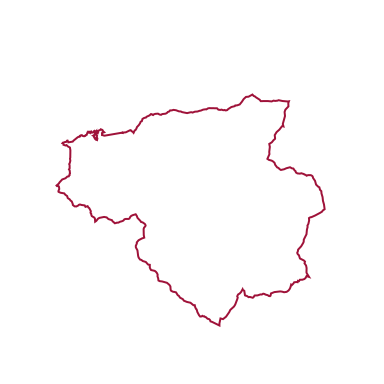 Valea Doftanei, Prahova, Romania (Natural Earth projection), rotated 109°
{"feature_id": "2599482B14208622579694", "entity_name": "Valea Doftanei", "entity_type": "district", "adm_level": 2, "iso_a3": "ROU", "parent_name": "Romania", "parent_adm1": "Prahova", "projection": "natural_earth1", "projection_center": [25.733, 45.364], "detail": "fine", "context": "isolated", "style": "outline", "palette": "rose", "viewbox_px": 384, "rotation_deg": 109, "n_neighbors": 0, "source": "geoboundaries", "source_scale": "gbopen_adm2", "svg_char_len": 6046}
<svg xmlns="http://www.w3.org/2000/svg" viewBox="0 0 384 384"><g transform="rotate(109 192 192)"><path d="M187.9,330.3L187.7,329.5L189.2,328.9L189.2,326.7L188.5,325.9L189.3,324.3L189.7,321.9L192.1,320.6L199.1,318.3L200.2,318.2L202.1,317.2L204.4,317.0L205.6,317.2L206.4,316.5L209.4,315.4L210.7,315.7L211.4,314.7L214.2,313.4L215.0,313.6L215.8,313.2L216.2,313.5L217.3,313.6L218.0,314.9L220.2,316.1L222.4,318.8L226.3,320.5L227.3,320.6L230.0,322.2L230.4,321.5L229.9,320.1L230.5,319.4L232.4,318.5L234.7,318.6L235.3,318.2L235.5,316.0L234.9,312.3L235.8,311.0L236.5,308.7L238.1,307.6L238.4,306.9L238.7,305.4L239.6,304.1L240.1,302.6L242.1,300.9L243.1,300.4L243.8,298.3L243.3,296.6L241.6,295.0L241.0,294.8L240.3,293.9L240.2,292.0L239.6,289.1L240.7,287.9L239.4,286.1L240.4,284.9L240.7,283.9L243.1,281.4L244.7,281.2L245.4,280.2L246.2,279.9L247.4,278.9L248.0,276.0L248.8,275.1L251.6,273.9L250.5,273.1L247.9,272.2L246.6,271.1L244.2,267.0L243.8,264.4L244.8,262.2L244.7,258.5L245.7,257.4L245.9,256.4L246.7,254.9L246.3,254.1L245.5,253.1L244.9,251.6L243.4,250.2L242.6,248.9L241.4,247.6L239.8,247.0L239.1,246.0L238.1,243.1L237.4,242.5L235.7,242.3L234.4,241.7L233.2,240.5L231.4,238.0L232.6,236.4L234.2,235.1L236.2,231.3L236.9,230.5L236.8,228.8L237.4,226.7L237.8,225.8L238.7,225.0L239.6,225.0L241.3,225.7L242.7,225.7L248.4,223.6L250.7,222.3L252.4,224.4L255.0,226.8L257.6,227.8L258.6,227.4L261.3,227.6L262.7,227.0L264.9,224.6L270.0,222.1L271.4,221.1L272.8,219.1L272.7,217.7L273.3,216.2L273.2,212.9L274.8,210.1L274.9,209.6L274.6,208.2L277.2,207.3L278.4,206.2L279.1,205.3L278.7,201.6L279.2,200.1L280.2,198.6L281.3,197.6L282.9,197.2L284.6,195.9L286.6,194.9L286.8,193.5L286.3,191.1L286.0,186.1L287.2,183.1L288.3,181.7L290.9,180.6L292.0,179.9L292.3,179.1L292.5,177.3L292.2,176.1L292.1,174.4L294.2,171.9L294.5,170.6L295.8,168.9L296.3,165.8L297.4,164.3L297.6,161.0L297.2,157.4L298.6,153.7L298.1,152.6L300.1,151.3L301.4,149.9L301.5,149.4L303.8,147.8L306.3,145.1L307.1,143.7L306.5,142.4L305.7,141.9L305.9,140.7L305.5,139.9L305.9,139.0L305.8,138.2L306.8,136.0L306.6,134.9L306.7,134.2L307.3,133.2L308.3,132.4L308.3,130.5L309.3,122.6L307.2,123.3L302.3,123.9L302.1,121.3L298.8,119.2L293.5,117.7L291.0,117.4L286.6,115.0L284.4,114.5L278.4,114.3L276.9,114.4L275.9,115.3L274.8,115.2L273.8,115.0L272.5,113.9L270.5,113.0L267.5,112.5L268.0,112.1L268.4,110.4L272.4,108.3L272.6,107.9L272.4,106.4L273.0,104.2L272.4,103.2L272.2,100.1L271.2,99.5L269.5,99.1L268.4,96.3L266.6,94.0L266.2,92.6L265.0,91.6L264.8,90.1L265.1,89.4L264.9,86.8L265.3,85.6L265.1,84.4L264.5,84.0L262.2,84.3L259.8,81.5L257.3,76.3L256.9,74.4L256.8,72.3L255.6,70.0L253.8,68.7L252.0,68.1L250.3,67.9L247.3,68.1L247.6,67.3L245.5,66.3L244.1,66.0L243.1,63.9L242.9,62.8L241.6,62.9L241.7,62.2L241.5,61.8L239.9,61.5L239.0,59.1L237.7,57.4L236.2,56.6L234.2,56.3L234.2,53.7L231.4,57.1L230.7,57.6L226.6,58.9L224.4,60.2L222.8,62.4L221.0,62.5L220.3,64.0L219.7,68.3L217.0,70.3L216.4,71.7L215.3,72.7L213.7,72.6L211.9,72.9L207.8,71.1L204.0,70.3L202.7,70.2L200.6,70.8L194.7,70.0L190.1,71.1L187.4,71.3L186.3,71.9L184.1,71.6L180.7,72.0L178.6,72.9L177.4,71.9L176.9,70.9L174.1,67.9L170.0,64.1L168.3,62.7L166.9,62.3L165.1,61.0L160.9,63.1L157.7,65.3L154.3,66.9L151.2,69.1L149.1,70.0L148.2,71.7L146.1,73.1L145.9,74.4L144.6,77.1L141.4,79.3L139.4,82.0L138.0,83.0L137.6,83.8L137.4,85.1L137.6,85.9L138.3,87.8L139.3,89.0L138.8,90.1L138.9,91.4L138.6,92.0L138.7,94.8L139.5,95.9L140.1,98.4L139.7,100.1L138.6,100.9L138.2,102.0L136.8,103.8L137.1,105.0L136.7,107.4L138.8,110.5L140.5,112.3L142.2,115.1L141.9,116.5L141.1,118.1L141.0,119.5L139.2,122.2L137.5,123.5L136.7,125.4L136.4,126.9L136.6,129.7L136.1,131.5L131.0,131.1L129.0,132.0L124.0,133.1L121.4,134.6L119.0,132.7L116.2,131.7L115.0,130.9L114.2,130.9L111.3,132.3L107.8,131.5L104.6,129.7L100.5,128.3L100.2,128.0L100.2,126.9L98.1,128.3L89.9,128.8L86.2,130.5L83.7,130.5L79.7,128.7L76.6,129.9L74.7,129.9L75.2,130.8L76.5,136.0L77.0,140.0L77.8,140.9L78.8,143.0L79.1,144.7L80.4,146.1L81.4,150.2L83.7,156.6L82.7,158.1L81.6,162.6L81.1,163.8L81.1,165.0L80.2,166.6L83.5,169.6L84.5,171.9L87.3,173.4L90.4,174.2L93.7,175.4L95.4,177.6L96.1,179.3L96.9,179.5L98.8,182.4L101.7,184.7L103.1,185.4L103.9,186.6L103.8,187.8L104.2,188.3L104.5,189.3L104.5,190.9L105.1,191.8L105.5,193.3L105.5,194.1L104.7,195.6L107.1,203.0L107.7,204.1L109.2,205.3L109.4,206.2L110.5,208.3L112.2,210.2L112.7,211.2L114.1,213.0L115.1,215.4L116.7,217.3L116.7,218.3L117.2,219.5L119.0,222.3L119.7,227.4L119.5,228.8L120.0,230.6L119.9,233.7L120.4,236.3L121.5,237.8L122.0,239.3L123.2,239.7L124.3,241.0L125.2,241.3L126.5,242.4L128.0,245.5L129.1,246.4L129.3,247.9L129.0,249.7L130.1,252.2L130.9,253.3L131.9,253.8L131.9,254.7L131.5,255.3L131.7,256.2L133.4,257.1L135.7,259.5L136.5,259.7L137.6,261.4L139.0,262.6L141.4,262.5L141.7,263.0L142.6,263.5L143.9,263.5L145.9,264.0L148.6,265.2L150.2,265.2L151.8,265.6L152.4,266.2L155.1,266.5L154.3,267.8L154.2,269.0L153.6,269.7L153.6,270.5L157.1,274.0L158.2,276.4L158.2,277.2L158.6,277.5L158.9,277.2L159.2,278.4L167.2,293.0L167.4,294.4L167.2,295.1L167.4,295.6L165.6,296.3L164.1,294.5L163.3,296.5L162.8,296.5L162.5,297.1L162.4,298.7L163.2,299.0L164.8,300.8L165.8,300.3L166.3,301.1L166.8,300.4L167.1,300.3L167.3,301.4L167.7,301.2L168.2,301.4L168.8,301.0L169.2,301.4L169.6,300.6L169.5,300.3L169.8,300.0L170.8,300.1L171.5,299.5L172.0,300.1L173.0,299.1L172.9,298.8L173.7,298.7L173.5,299.8L173.8,299.7L173.8,300.0L173.1,301.3L171.8,302.4L171.8,302.7L171.3,303.1L171.1,302.8L170.7,302.9L170.7,303.6L169.8,302.8L169.7,303.0L169.1,303.0L167.6,302.2L167.3,302.6L166.9,302.4L166.4,302.5L167.5,302.9L167.2,303.5L165.9,303.7L165.8,304.0L166.7,304.7L167.4,304.6L168.3,305.6L168.4,305.9L167.8,306.9L168.3,307.0L168.0,307.2L168.2,307.3L168.2,308.1L168.7,309.5L169.5,308.7L169.8,310.2L172.3,310.2L172.8,311.0L173.6,311.1L173.7,311.6L174.4,312.1L174.6,313.4L174.1,314.6L174.4,315.3L175.2,315.6L175.0,315.9L175.4,316.3L176.1,316.2L176.5,316.5L176.8,317.3L177.6,318.0L182.1,320.8L183.2,321.2L185.3,325.1L183.9,326.4L184.2,326.9L185.5,327.2L186.5,329.0L187.3,329.6L187.5,330.2L187.9,330.3Z" fill="none" stroke="#9f1239" stroke-width="2"/></g></svg>